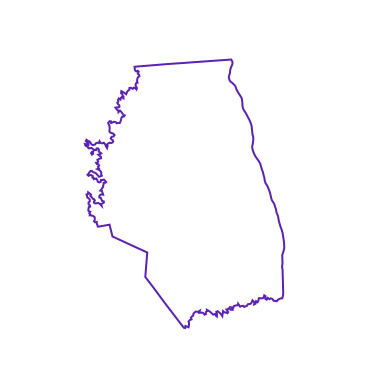 Carinhanha, Bahia, Brazil (Robinson projection), rotated 330°
{"feature_id": "56859067B75119514935920", "entity_name": "Carinhanha", "entity_type": "district", "adm_level": 2, "iso_a3": "BRA", "parent_name": "Brazil", "parent_adm1": "Bahia", "projection": "robinson", "projection_center": [-43.904, -14.024], "detail": "fine", "context": "isolated", "style": "outline", "palette": "violet", "viewbox_px": 384, "rotation_deg": 330, "n_neighbors": 0, "source": "geoboundaries", "source_scale": "gbopen_adm2", "svg_char_len": 5608}
<svg xmlns="http://www.w3.org/2000/svg" viewBox="0 0 384 384"><g transform="rotate(330 192 192)"><path d="M292.2,96.9L246.5,74.7L244.9,73.9L233.2,68.2L204.9,54.8L204.1,56.5L203.5,57.9L204.0,59.7L205.6,59.9L206.0,61.1L204.2,62.4L204.8,64.1L204.4,65.4L202.4,65.7L201.0,66.9L199.9,68.4L199.5,70.1L198.3,69.7L197.0,70.6L196.2,72.4L196.3,74.4L195.1,75.5L194.6,73.5L193.7,72.5L192.3,73.1L191.3,71.3L189.9,70.6L188.8,72.1L187.6,72.2L186.1,72.7L184.9,73.6L183.9,74.4L183.2,72.9L182.4,71.2L181.3,69.3L180.0,70.8L180.5,72.5L180.2,73.8L180.4,75.0L179.5,76.6L178.5,74.7L177.3,75.0L176.2,76.2L175.4,74.4L174.0,75.2L173.4,77.0L171.9,77.4L171.9,79.1L172.4,80.5L171.9,81.8L170.8,82.1L169.7,81.3L167.9,80.7L168.1,82.8L168.8,84.6L168.2,86.1L170.3,85.5L170.8,87.2L171.0,88.9L171.1,90.7L172.0,92.0L170.8,92.6L169.0,91.9L167.7,92.7L166.7,94.0L165.5,95.0L164.1,96.1L162.4,95.2L161.1,94.9L160.9,93.3L159.4,92.1L157.7,92.1L156.5,91.8L157.2,90.4L156.0,89.5L153.9,90.3L153.7,92.1L153.5,93.6L152.8,95.2L152.1,96.4L151.2,97.4L150.7,99.0L151.5,100.4L152.9,101.9L153.4,104.0L151.8,104.7L150.1,104.0L148.4,105.0L148.6,106.4L149.3,107.4L149.1,108.8L148.0,109.4L146.5,109.2L145.1,108.0L143.4,108.2L142.2,108.3L141.9,110.0L140.4,111.5L140.3,109.3L140.7,107.6L140.2,105.2L138.6,105.0L137.3,103.7L137.3,101.8L135.8,103.1L134.7,102.0L133.4,101.7L131.8,102.4L129.8,102.0L128.8,100.6L128.8,99.0L128.5,96.9L127.4,95.8L126.7,94.0L125.5,94.9L126.0,96.5L126.6,98.2L125.8,99.5L124.5,97.9L123.3,96.9L122.9,98.6L124.2,100.4L124.3,102.5L125.7,103.1L127.0,103.7L127.6,105.0L128.2,106.5L130.0,107.8L131.1,106.6L132.3,107.1L132.6,108.7L131.4,110.4L132.2,111.9L132.7,113.2L131.2,113.2L129.5,112.9L130.1,114.4L130.7,115.9L130.1,117.3L127.9,116.8L126.1,116.9L126.0,118.8L124.7,119.3L123.6,118.8L123.6,120.2L124.8,121.3L124.7,122.8L123.2,123.1L123.2,125.0L121.4,124.8L122.9,126.9L123.3,128.7L123.1,130.0L122.1,131.3L122.0,132.8L120.3,132.6L119.1,132.4L118.8,130.8L118.3,128.2L117.5,126.6L116.4,125.6L115.8,123.7L114.8,123.1L113.0,123.6L111.6,124.4L110.1,124.9L110.5,126.3L111.8,126.2L113.1,126.9L114.0,128.7L113.0,129.7L113.9,130.5L113.4,131.8L115.8,132.4L116.0,134.2L115.5,136.0L116.4,137.3L118.0,137.6L119.1,136.0L120.4,136.8L121.9,137.2L122.3,138.6L122.7,140.4L121.6,140.7L120.1,139.9L119.3,141.2L118.2,142.0L117.6,143.1L116.2,143.8L115.1,144.3L113.3,145.0L114.5,146.0L114.1,147.9L113.7,149.9L112.6,149.1L111.4,148.5L109.8,149.1L109.0,150.5L110.1,151.7L109.9,153.1L109.7,154.8L110.9,156.0L110.4,157.1L108.8,157.2L107.4,156.8L106.8,158.7L106.3,156.4L105.2,154.5L103.6,154.0L102.5,153.5L101.7,152.2L102.4,151.2L103.6,150.8L103.7,149.5L102.8,148.3L102.6,146.5L102.0,144.5L103.3,143.8L102.5,141.8L101.9,140.4L101.1,141.7L99.4,141.4L99.2,142.8L98.6,144.3L99.2,145.5L99.7,147.4L98.8,149.0L97.2,149.3L96.3,151.0L96.9,152.6L96.5,153.8L95.1,153.4L94.3,154.5L93.4,155.3L92.9,156.8L94.0,158.3L92.4,159.0L92.7,160.4L91.8,161.1L92.9,161.9L94.2,163.0L95.1,165.2L94.3,166.8L93.5,167.8L92.5,168.4L92.9,169.8L94.5,170.3L93.6,172.3L93.5,173.6L93.1,174.8L94.1,175.4L96.7,176.3L98.0,176.8L104.3,179.1L103.8,180.6L100.9,190.8L117.0,213.6L118.3,215.4L123.0,222.0L109.1,242.2L110.8,255.5L113.0,274.8L114.5,286.2L117.0,305.4L118.1,306.4L119.3,304.8L121.4,307.4L123.1,305.3L123.9,304.0L124.3,302.4L126.1,301.8L127.9,302.1L128.2,300.3L129.4,299.8L131.1,299.7L132.4,298.1L134.1,297.6L135.4,297.4L137.2,298.8L139.4,298.7L137.8,300.2L139.7,301.1L140.9,301.9L141.4,303.0L141.5,304.5L142.9,304.7L144.1,302.8L145.4,302.8L146.0,301.5L147.7,304.5L149.0,308.7L150.2,309.0L151.4,309.3L150.8,311.0L151.3,312.2L152.6,310.1L153.2,307.9L154.7,308.1L156.1,312.4L156.2,314.6L157.1,313.4L158.1,312.3L159.4,310.6L160.0,312.5L161.3,313.6L162.1,314.7L163.3,314.1L163.1,311.0L164.3,311.5L166.2,311.1L166.5,313.2L168.3,314.4L168.9,313.3L168.5,311.6L170.0,312.8L171.2,311.7L173.1,312.1L175.1,313.0L176.1,311.8L176.4,315.4L177.9,315.5L179.5,316.2L179.8,317.7L181.0,317.7L182.4,318.1L184.4,317.1L186.2,318.0L187.4,318.0L188.9,317.1L190.2,316.0L190.9,318.5L189.6,320.4L191.2,320.5L192.9,318.6L193.7,320.2L195.3,319.1L196.8,317.4L198.3,318.3L199.8,319.3L200.9,319.4L202.9,317.6L203.6,319.0L202.1,321.3L202.8,322.6L204.7,321.6L205.4,323.5L207.1,323.5L208.1,324.9L208.3,327.0L210.9,329.0L212.4,328.3L214.3,328.3L215.6,328.5L217.0,329.2L219.4,326.8L220.9,324.4L222.1,322.1L223.1,320.2L223.8,319.0L225.3,316.2L226.6,313.8L227.2,312.7L228.1,311.0L229.3,308.7L231.3,305.1L232.7,301.6L233.9,300.1L234.7,299.1L237.1,294.5L238.6,291.8L240.6,290.0L243.5,287.2L244.2,286.1L246.4,281.9L248.6,276.4L249.2,274.7L249.9,273.1L250.8,269.4L251.4,265.7L252.9,260.0L253.4,258.7L254.4,256.0L254.7,253.9L254.9,252.5L255.3,251.0L256.1,248.9L256.4,246.8L257.0,244.8L257.3,242.5L257.1,241.1L257.1,238.9L257.5,237.1L258.1,235.3L259.2,231.5L259.7,229.1L260.0,226.8L260.2,225.3L260.3,223.5L260.1,221.2L260.7,218.5L261.7,216.0L262.4,213.4L263.4,210.0L263.9,206.8L265.2,201.7L265.3,199.6L265.1,197.2L264.8,193.6L264.8,191.0L265.0,189.0L265.3,187.3L265.6,185.8L266.1,184.3L266.8,182.8L268.0,181.4L269.8,179.3L271.2,177.4L272.4,175.3L273.3,172.0L274.8,168.8L276.3,165.3L276.8,164.1L277.5,160.7L277.8,157.2L277.9,154.0L278.0,151.2L278.0,149.5L277.8,146.6L278.1,144.7L278.7,143.0L279.7,140.8L280.5,139.3L281.2,137.6L281.9,135.9L281.9,133.9L281.9,132.0L281.7,129.8L281.7,127.7L281.8,125.1L282.3,123.1L282.5,121.6L282.1,120.1L281.7,118.6L281.1,116.8L280.5,115.4L280.5,113.8L280.9,111.9L281.6,110.6L283.0,109.2L284.3,108.0L285.3,106.5L286.8,104.7L288.8,103.0L290.4,102.0L291.3,100.9L292.1,99.5L292.2,96.9ZM127.0,107.4L125.2,107.3L124.0,107.9L124.0,109.6L125.4,109.5L125.8,108.4L127.0,107.4Z" fill="none" stroke="#5b21b6" stroke-width="2"/></g></svg>